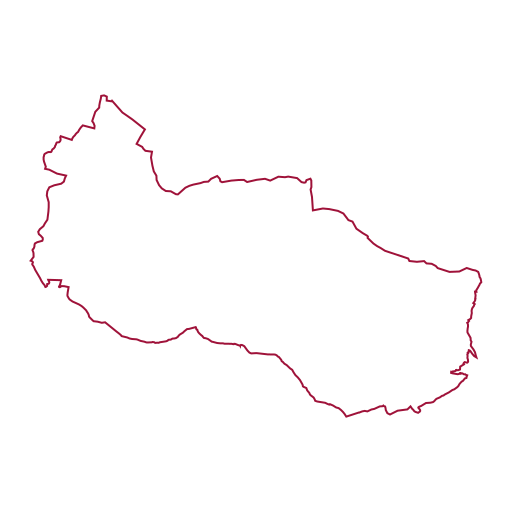 outline of Teliu, Brasov, Romania
{"feature_id": "2599482B6146472281310", "entity_name": "Teliu", "entity_type": "district", "adm_level": 2, "iso_a3": "ROU", "parent_name": "Romania", "parent_adm1": "Brasov", "projection": "albers", "projection_center": [25.905, 45.691], "detail": "fine", "context": "isolated", "style": "outline", "palette": "rose", "viewbox_px": 512, "rotation_deg": 0, "n_neighbors": 0, "source": "geoboundaries", "source_scale": "gbopen_adm2", "svg_char_len": 5978}
<svg xmlns="http://www.w3.org/2000/svg" viewBox="0 0 512 512"><path d="M418.1,412.8L419.8,411.6L420.2,410.9L420.1,410.1L419.8,409.5L418.4,407.9L418.3,407.6L418.5,407.2L419.3,406.7L421.1,406.0L426.0,403.0L430.4,402.7L433.0,402.1L434.2,401.2L435.7,399.5L436.5,398.8L439.8,397.4L442.1,395.8L443.5,395.5L444.8,394.5L448.9,392.4L452.4,390.0L454.3,389.3L457.2,387.2L458.3,386.1L459.5,384.0L460.7,382.6L461.8,381.5L462.9,380.9L464.9,378.4L466.4,378.0L466.5,377.8L466.5,377.1L467.2,375.3L465.8,374.8L465.2,374.3L464.9,374.4L463.7,374.2L462.5,373.4L461.6,373.3L460.9,373.7L460.5,373.0L460.1,373.0L459.0,374.0L457.5,374.2L452.4,373.3L451.1,372.9L451.2,371.8L451.9,372.0L452.4,371.5L455.1,371.1L455.9,370.6L456.0,370.0L456.4,369.9L457.0,370.2L458.2,370.2L460.0,369.5L460.2,366.6L464.0,364.3L463.5,363.5L464.0,362.7L464.7,362.1L467.1,362.7L467.8,362.2L468.1,361.5L468.0,360.5L467.9,359.4L467.4,358.0L467.6,355.8L467.3,354.6L468.3,353.0L467.7,352.7L467.9,352.4L468.5,352.2L468.8,351.6L468.7,351.0L468.8,350.2L469.6,350.4L470.4,351.1L472.1,353.6L474.1,356.0L476.4,357.4L475.8,355.5L475.0,352.3L473.5,349.5L470.9,346.0L470.8,344.7L471.5,341.7L470.7,340.4L470.6,338.5L470.5,337.7L467.5,332.5L467.4,331.0L467.7,328.2L468.0,326.7L468.0,325.1L467.9,324.2L467.2,322.8L468.2,322.2L468.5,321.5L469.0,321.0L468.3,320.1L470.2,319.0L471.1,318.0L471.2,316.1L471.8,313.1L471.6,310.9L471.9,309.2L472.5,307.8L473.8,306.1L474.3,304.6L474.7,304.1L473.3,303.1L474.6,301.4L475.2,300.2L475.1,299.0L475.5,298.7L475.3,298.0L475.6,295.3L475.1,292.5L475.0,291.5L475.4,291.4L476.4,291.7L476.3,290.2L476.5,289.9L478.0,287.5L478.5,286.5L479.4,285.0L480.0,283.5L480.9,282.7L481.3,282.2L480.8,279.5L480.5,278.4L479.5,276.8L479.5,276.0L479.0,274.1L478.2,271.9L475.6,270.5L472.6,269.9L466.7,268.0L459.3,271.5L449.5,271.9L437.7,268.1L435.8,266.0L431.7,263.8L426.5,263.4L424.1,261.1L416.9,261.8L409.4,261.0L408.2,258.5L385.0,250.8L380.6,248.0L377.1,246.1L373.4,243.5L367.6,237.9L367.9,236.5L367.1,235.7L362.7,233.1L356.4,228.7L352.5,221.6L348.4,220.1L343.4,213.5L338.0,210.9L329.3,209.1L322.9,208.5L312.9,210.4L312.0,197.0L310.6,189.5L311.4,187.1L311.3,180.5L310.4,178.7L306.5,180.1L305.5,182.4L304.1,182.7L301.5,182.1L297.1,178.1L288.2,176.6L285.0,177.2L278.4,176.7L270.2,180.6L265.0,178.8L256.7,179.8L247.1,182.0L243.9,179.9L238.5,180.0L231.3,180.6L222.1,182.2L220.4,181.3L219.7,178.7L217.2,176.0L211.1,178.8L208.3,181.6L203.9,181.9L200.5,183.1L193.3,184.6L189.4,185.8L185.4,187.7L177.9,194.4L175.9,194.2L170.8,191.3L165.8,191.0L161.8,188.4L159.1,185.2L156.6,180.0L156.4,175.7L153.8,171.4L152.4,165.6L151.0,157.5L152.0,151.7L145.4,150.8L143.4,148.8L142.2,146.9L136.6,143.9L140.4,136.9L144.9,129.4L132.3,119.4L122.4,112.5L112.0,100.7L111.5,101.3L106.7,100.6L106.8,96.6L104.1,95.4L101.2,95.9L100.8,98.7L99.9,102.2L99.3,105.5L99.2,107.6L95.3,111.8L92.2,121.1L93.6,123.2L94.6,125.9L94.3,128.4L82.8,125.4L80.9,127.4L79.2,129.8L78.1,131.9L76.8,132.9L75.6,134.2L75.0,135.2L73.3,136.9L72.3,138.5L71.8,139.9L60.7,136.2L60.2,137.3L60.6,139.1L60.5,140.3L60.1,141.2L59.2,142.2L56.8,142.5L56.3,143.2L55.9,144.6L55.1,145.9L55.0,146.8L53.7,148.5L52.5,149.3L51.9,150.3L51.5,151.5L51.2,151.9L50.6,152.1L48.7,152.0L47.4,152.4L44.7,153.9L44.2,154.7L43.9,156.3L43.6,157.1L43.6,159.5L44.0,161.5L45.8,166.7L45.1,168.8L49.3,169.7L57.0,173.6L66.1,175.6L64.8,178.4L63.9,181.6L61.2,183.7L54.2,185.3L49.3,187.3L47.3,191.3L46.8,195.4L48.7,202.2L48.7,207.1L48.4,211.7L47.4,219.7L44.9,223.4L43.4,226.2L39.8,229.2L38.2,231.8L38.9,234.2L40.7,235.7L42.7,237.9L42.8,239.4L42.3,240.8L37.2,242.2L34.9,243.5L34.5,244.9L34.4,246.6L33.9,248.0L33.4,248.9L32.7,249.4L32.5,250.2L33.1,251.6L33.5,253.1L33.6,256.9L30.7,260.7L32.0,261.2L32.8,262.0L32.9,262.6L32.2,264.0L32.3,264.5L33.8,266.7L35.2,269.9L40.1,278.2L41.2,280.5L42.8,283.1L44.5,285.1L45.4,287.0L45.9,286.9L47.1,285.9L47.1,284.9L47.2,284.0L48.4,283.8L48.8,283.6L49.1,283.1L49.3,282.6L49.2,282.0L49.1,281.5L48.4,280.4L48.2,279.8L61.2,280.2L60.1,284.5L59.4,286.0L59.0,286.6L59.1,287.0L59.7,287.2L60.1,287.1L61.5,286.1L64.2,286.2L68.6,287.1L67.7,292.3L67.4,295.1L67.5,296.0L68.9,298.5L69.7,299.5L72.5,301.5L78.9,304.4L81.5,306.0L83.3,307.5L86.3,310.5L86.8,311.6L87.4,312.3L88.2,313.7L88.8,315.1L89.0,316.3L89.4,317.1L92.4,320.1L93.6,321.2L97.7,321.7L101.8,322.8L105.1,322.3L116.3,331.4L118.9,333.4L120.9,335.1L121.6,336.1L127.3,337.5L129.6,338.5L132.1,339.0L136.3,339.3L137.5,339.6L140.6,340.9L144.4,341.7L146.3,342.4L147.3,342.5L151.8,342.3L152.5,342.0L154.1,342.2L155.2,342.9L157.4,342.7L158.7,342.8L159.7,342.3L166.1,341.3L167.6,340.7L168.2,340.0L168.6,339.8L170.8,339.6L172.4,338.6L174.2,338.5L176.0,338.1L177.9,336.8L178.7,335.6L179.9,334.5L182.9,332.7L184.3,331.3L187.0,329.1L189.1,328.9L195.7,327.1L196.0,327.6L196.2,328.9L196.6,329.5L197.3,329.7L197.5,330.6L198.2,332.1L199.4,333.5L201.8,335.7L202.2,335.8L203.1,337.1L204.0,338.0L205.6,338.2L208.0,339.0L211.8,341.7L212.6,341.8L217.1,343.0L220.0,343.3L222.8,343.3L224.4,343.7L231.6,343.8L233.3,344.2L234.0,344.1L234.2,343.8L235.2,343.9L238.4,345.2L240.1,345.6L240.2,345.8L240.3,345.3L241.0,344.9L242.3,345.1L244.3,346.2L247.4,350.5L249.4,352.6L251.2,353.4L256.5,353.1L267.8,354.4L274.3,354.5L275.5,354.7L276.8,355.4L277.8,356.5L278.9,357.0L281.2,359.8L281.7,361.2L282.8,361.9L284.4,363.7L286.7,365.1L290.1,368.4L292.2,369.8L293.6,372.4L295.4,375.1L297.8,377.4L300.0,380.1L302.4,384.3L302.7,385.1L302.9,386.3L303.5,386.8L306.3,388.0L307.1,390.2L307.8,391.2L308.8,392.3L309.5,393.3L309.9,394.4L310.6,395.2L313.6,397.5L314.7,399.4L315.2,400.8L317.2,401.5L325.2,402.8L327.2,403.8L328.9,404.5L329.5,404.6L329.7,404.2L330.0,404.2L333.0,405.5L336.2,407.5L338.6,408.1L341.0,410.0L343.0,412.0L344.6,414.0L346.3,416.6L358.9,412.5L359.1,412.6L362.2,411.4L364.7,410.9L367.4,411.4L371.4,409.5L374.3,408.9L379.8,406.4L382.6,406.2L383.3,405.6L383.6,406.0L385.1,406.5L385.5,407.9L385.8,410.1L387.4,413.2L390.0,414.5L397.6,410.7L407.4,409.4L410.5,406.4L412.3,409.0L413.1,409.6L414.3,411.2L415.4,411.9L418.1,412.8Z" fill="none" stroke="#9f1239" stroke-width="2"/></svg>